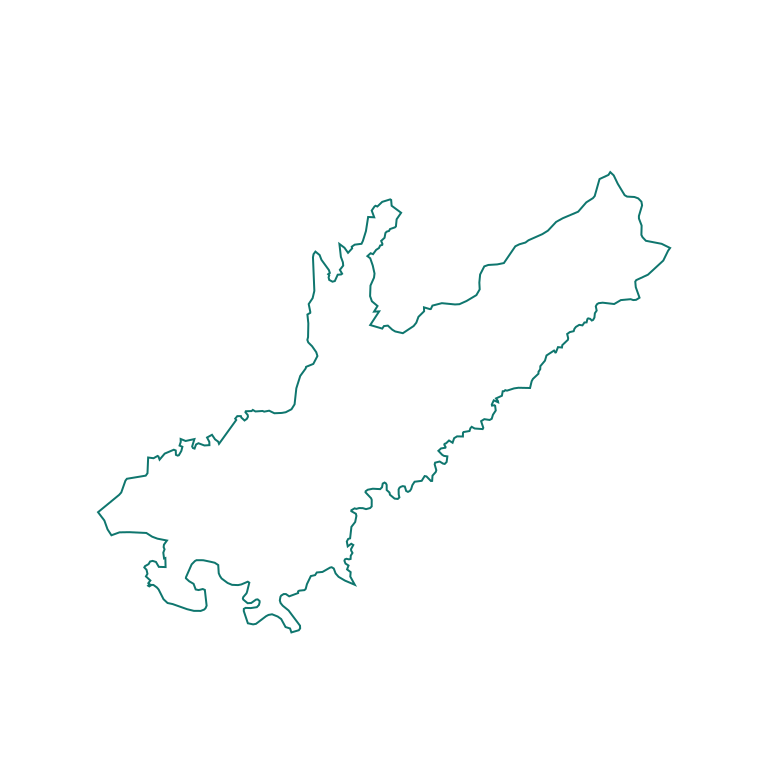 Binh Xuyen, Vĩnh Phúc, Vietnam, rotated 36°
{"feature_id": "81297802B29926011513196", "entity_name": "Binh Xuyen", "entity_type": "district", "adm_level": 2, "iso_a3": "VNM", "parent_name": "Vietnam", "parent_adm1": "Vĩnh Phúc", "projection": "orthographic", "projection_center": [105.671, 21.329], "detail": "fine", "context": "isolated", "style": "outline", "palette": "teal", "viewbox_px": 768, "rotation_deg": 36, "n_neighbors": 0, "source": "geoboundaries", "source_scale": "gbopen_adm2", "svg_char_len": 6153}
<svg xmlns="http://www.w3.org/2000/svg" viewBox="0 0 768 768"><g transform="rotate(36 384 384)"><path d="M506.9,113.3L504.6,112.1L499.3,104.4L493.0,100.3L491.5,98.3L487.8,87.8L485.1,85.2L480.6,84.4L476.7,85.5L470.5,89.5L467.7,89.8L455.4,84.6L447.2,80.2L442.5,79.6L442.7,82.9L437.9,91.5L444.0,108.1L443.8,110.8L440.9,118.1L439.8,130.5L431.2,144.8L428.0,151.6L426.5,163.6L424.0,169.7L416.4,182.8L415.3,186.4L411.4,191.4L409.3,195.4L409.9,215.7L405.3,220.7L398.4,226.4L396.0,229.9L397.4,238.9L401.5,245.9L405.8,251.2L406.5,257.8L402.0,268.3L398.1,275.1L394.7,277.9L383.3,284.6L377.1,292.1L377.8,295.8L377.2,296.4L371.3,298.5L373.7,301.6L372.4,309.4L374.1,315.4L373.9,319.7L369.4,331.8L362.2,334.9L358.8,335.2L352.8,334.5L349.9,337.2L350.0,340.2L338.2,344.4L337.4,328.1L333.4,331.3L332.9,324.7L325.6,324.2L321.1,321.1L315.2,312.3L313.4,303.8L311.4,300.2L305.3,294.8L299.0,290.4L295.4,290.3L296.3,286.1L298.8,285.4L298.8,280.1L300.0,277.0L299.5,274.2L300.8,272.5L300.4,271.6L297.6,269.9L298.5,265.4L296.4,261.0L296.6,259.2L298.1,257.2L297.8,255.1L300.8,250.8L301.0,249.5L297.4,243.3L297.2,235.4L285.4,235.3L281.6,230.9L280.5,231.0L275.5,237.7L274.3,244.3L272.4,244.8L272.0,246.0L272.1,250.9L278.1,254.9L273.0,258.2L279.5,270.9L282.8,280.6L283.4,283.8L278.4,288.5L277.2,291.9L278.5,293.0L277.8,299.0L271.9,297.0L265.6,296.9L274.4,306.5L279.2,309.7L281.4,312.2L281.2,317.6L285.3,319.4L284.9,320.6L282.3,322.8L283.7,329.6L282.2,331.5L278.5,332.0L276.5,330.3L275.8,328.2L274.3,328.0L274.9,326.0L272.4,324.2L260.4,320.3L256.1,317.5L250.7,317.2L250.7,320.4L252.1,323.3L272.9,349.6L275.8,356.5L276.1,363.6L282.0,369.0L282.5,369.8L281.2,372.8L287.2,379.5L295.0,390.7L296.1,393.4L298.3,394.9L303.6,395.7L310.5,398.1L313.7,400.5L315.0,409.3L310.9,415.9L311.5,417.5L311.5,426.7L315.6,439.0L323.6,453.0L324.0,458.8L321.1,464.6L318.3,467.5L312.5,472.1L306.8,473.1L303.3,476.8L301.6,477.2L296.1,481.8L293.1,482.1L292.8,483.7L288.2,487.3L288.5,488.3L292.0,489.2L293.2,490.5L293.5,492.9L292.6,495.5L288.3,495.0L287.1,494.1L284.2,496.2L284.0,499.5L285.6,500.0L285.7,529.4L283.7,528.1L279.9,528.1L274.7,526.2L272.3,531.3L276.7,533.5L278.7,536.1L274.8,539.3L268.7,541.0L267.5,543.4L268.7,547.6L267.1,548.1L265.5,547.3L263.0,540.0L257.0,546.7L251.8,548.0L253.6,550.3L254.8,554.0L257.8,553.3L259.4,557.3L259.9,562.2L259.2,563.2L257.3,563.6L254.6,560.2L252.6,560.7L247.5,569.2L246.9,577.1L244.1,575.2L243.1,575.3L241.2,579.5L236.4,582.1L245.1,595.2L245.1,598.2L231.7,611.8L231.6,614.1L235.2,626.2L234.9,629.3L228.0,655.8L238.0,658.8L245.8,664.1L252.4,666.6L257.2,659.5L265.0,653.6L279.3,644.2L286.2,643.8L291.6,642.3L300.4,638.2L300.4,643.3L301.6,645.5L303.6,646.7L304.6,650.2L308.6,654.4L309.4,653.3L314.9,660.5L309.3,664.3L304.1,662.0L300.8,663.1L299.1,665.1L299.4,668.1L297.7,671.9L297.9,673.3L301.1,673.9L304.2,676.6L304.5,679.6L310.5,680.3L310.4,683.6L312.0,683.7L311.7,685.8L313.1,685.7L314.1,683.1L315.6,682.1L319.8,682.1L322.4,682.7L332.1,687.7L337.6,688.4L342.3,686.3L357.1,681.9L363.5,679.3L369.1,675.3L371.1,672.2L371.4,670.3L370.8,667.6L360.1,655.9L357.9,656.4L355.1,659.7L352.4,660.9L347.4,657.6L342.3,658.1L337.9,657.6L337.4,656.8L334.4,643.0L335.1,638.3L335.9,636.7L341.4,632.8L348.3,629.7L352.1,628.1L356.3,627.9L361.5,634.2L364.2,635.8L366.9,636.8L374.4,636.9L379.1,635.8L384.1,632.5L386.4,630.0L390.0,624.0L391.8,623.9L395.3,632.5L395.8,634.2L395.4,639.1L395.9,640.5L396.8,641.1L402.5,641.5L405.3,639.2L407.2,633.6L408.4,632.5L410.9,632.7L411.7,633.7L412.7,636.3L412.3,639.3L407.9,643.6L403.6,646.5L402.8,648.3L404.0,650.1L414.5,657.6L419.4,655.4L421.4,653.3L425.1,641.1L426.3,638.7L428.8,636.1L434.7,634.6L439.0,634.6L447.2,638.5L451.7,637.0L455.1,639.4L459.8,633.3L459.8,631.0L458.1,628.9L439.9,623.3L432.4,622.9L429.1,622.0L426.9,620.3L425.3,617.0L425.2,615.6L426.3,612.9L428.1,611.6L432.1,611.5L437.4,603.6L436.4,602.3L436.9,601.0L440.8,597.5L441.1,595.8L439.3,591.2L437.7,582.4L440.6,579.1L440.4,576.0L444.7,572.2L448.3,564.2L449.4,563.0L451.8,562.8L456.2,565.7L460.6,566.7L468.0,566.0L478.4,563.6L469.9,559.6L467.6,555.8L463.1,555.7L462.0,551.7L458.4,551.9L455.9,550.3L455.5,548.9L456.3,547.5L458.7,546.5L459.8,545.2L458.0,542.4L457.8,539.2L455.4,538.1L454.4,537.0L453.8,532.3L451.4,532.5L450.1,536.7L446.5,533.3L446.1,530.4L447.3,528.8L441.6,518.7L441.8,512.6L439.2,506.9L437.5,505.5L432.3,506.1L431.8,505.3L433.3,501.9L435.0,501.3L436.8,499.0L439.8,496.9L443.0,495.8L445.7,492.5L446.0,490.3L442.2,485.0L440.7,484.0L432.7,482.5L432.2,481.5L433.0,479.1L436.5,475.3L442.7,471.3L443.1,468.7L441.5,465.3L442.4,463.4L444.0,463.3L445.5,464.1L448.5,468.2L452.2,468.6L453.9,470.1L459.9,470.5L462.7,468.9L463.1,466.7L460.8,464.7L457.8,460.7L457.5,458.7L458.0,457.3L459.2,455.6L461.1,454.7L464.8,457.5L466.8,457.2L467.8,455.2L467.7,452.9L466.4,449.2L466.2,445.1L471.4,440.2L471.0,434.6L472.7,433.8L479.0,434.9L479.9,434.1L477.1,429.6L477.6,424.9L477.0,423.0L472.2,419.2L471.6,417.6L474.6,414.0L478.5,413.7L480.1,413.0L480.5,410.3L477.8,405.3L474.8,406.9L472.8,407.1L467.3,406.1L468.0,402.6L471.1,399.5L470.9,398.8L468.5,397.7L468.2,396.8L469.1,395.4L469.8,391.5L474.0,391.2L472.6,386.6L473.9,383.4L478.7,380.1L476.6,377.1L476.6,376.1L480.8,371.8L479.9,369.0L480.1,367.1L483.5,366.7L490.3,362.5L490.1,361.1L484.4,357.0L485.8,353.5L490.6,351.0L491.6,348.8L490.2,344.8L490.0,339.8L486.7,336.3L485.8,336.3L484.1,338.0L483.3,337.3L482.4,332.7L487.1,331.7L486.2,330.8L483.1,329.8L486.3,324.2L484.3,320.1L485.5,319.1L485.7,317.7L487.4,317.1L491.8,311.1L495.0,308.0L504.5,301.4L501.8,294.9L501.5,292.3L502.9,284.9L501.8,283.3L501.7,280.2L500.0,277.7L500.5,270.5L498.7,265.4L501.9,257.0L504.1,257.8L504.5,257.3L503.1,251.9L506.5,249.9L505.4,247.7L506.8,240.2L506.1,238.7L502.8,235.9L503.8,232.8L506.4,229.8L505.6,227.3L505.7,225.0L507.2,221.4L510.1,219.9L510.0,216.4L511.7,215.1L510.4,212.0L510.6,210.9L512.5,210.1L514.8,210.5L515.5,209.2L515.2,206.6L513.0,202.8L512.9,199.6L509.7,196.7L509.4,194.4L510.1,192.5L513.1,189.7L523.2,184.0L526.3,176.9L533.7,170.4L536.3,169.6L538.5,167.7L540.0,164.0L530.8,157.7L527.1,153.5L527.0,151.7L533.3,140.4L537.4,120.0L535.5,109.2L535.5,105.8L526.2,107.4L511.7,114.2L506.9,113.3Z" fill="none" stroke="#0f766e" stroke-width="2"/></g></svg>